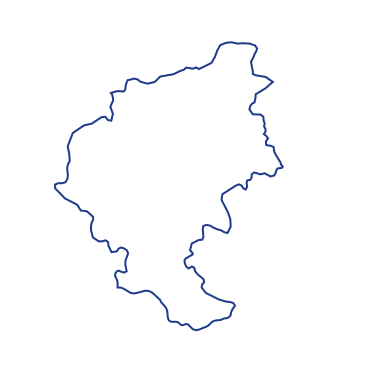 Kaduna, Albers equal-area conic projection, rotated 244°
{"feature_id": "NGA-2864", "entity_name": "Kaduna", "entity_type": "State", "adm_level": 1, "iso_a3": "NGA", "parent_name": "Nigeria", "parent_adm1": "", "projection": "albers", "projection_center": [7.395, 10.247], "detail": "fine", "context": "isolated", "style": "outline", "palette": "blue", "viewbox_px": 384, "rotation_deg": 244, "n_neighbors": 0, "source": "natural_earth", "source_scale": "10m", "svg_char_len": 3021}
<svg xmlns="http://www.w3.org/2000/svg" viewBox="0 0 384 384"><g transform="rotate(244 192 192)"><path d="M316.5,162.5L315.5,168.9L312.3,174.7L313.6,177.2L316.5,178.8L318.7,180.9L320.8,183.2L319.9,186.1L319.5,189.3L317.1,192.4L313.7,194.0L308.9,199.5L307.2,206.7L309.7,214.1L306.0,226.9L306.0,234.3L305.5,238.1L306.3,241.4L302.4,246.9L302.4,248.5L302.1,250.3L299.4,252.3L299.5,266.1L303.4,271.9L308.0,276.6L311.6,281.8L311.2,287.8L309.2,293.3L305.7,297.5L303.2,303.3L300.2,308.7L296.1,312.9L292.4,313.4L290.0,311.0L288.7,308.9L286.8,307.0L283.0,302.0L274.3,299.7L271.2,298.5L268.6,300.9L263.1,308.7L255.5,312.9L253.0,303.5L251.9,292.1L248.2,289.9L245.1,287.4L245.1,284.9L244.2,282.7L241.1,279.8L235.2,280.7L231.5,287.6L228.2,289.1L224.9,287.7L223.4,287.6L221.8,287.4L219.4,285.5L216.3,285.7L214.0,284.5L212.6,282.0L209.9,283.3L206.9,283.9L205.1,280.6L201.7,279.3L198.6,283.5L196.5,285.1L194.1,284.1L191.5,283.6L188.8,283.6L179.7,284.5L177.4,284.0L175.0,284.8L174.3,283.2L175.4,280.2L175.6,278.9L174.0,276.7L172.7,275.9L170.8,273.0L171.6,269.3L176.9,265.6L177.4,263.7L177.7,261.7L178.7,260.2L180.1,258.9L182.3,256.4L181.7,253.4L178.8,251.9L177.4,249.5L178.2,246.7L176.2,245.0L172.7,244.0L170.7,241.4L172.8,239.7L175.8,239.5L178.3,237.5L178.5,233.9L176.7,218.4L172.0,215.1L157.8,215.4L150.7,214.5L143.9,211.6L139.6,205.9L141.9,203.2L145.0,201.2L147.6,198.1L150.7,195.6L153.9,193.5L156.2,190.4L156.4,187.1L153.5,185.2L146.7,182.6L144.6,180.5L145.9,177.0L145.8,169.2L140.5,164.7L137.2,165.7L135.6,165.3L135.0,157.4L134.2,155.5L131.2,154.3L127.8,154.1L124.7,155.4L125.1,159.2L123.0,160.8L119.3,160.1L115.7,160.9L108.7,164.1L105.7,163.5L104.4,160.5L101.9,158.8L95.2,160.2L83.7,169.0L78.7,174.4L76.7,177.6L74.2,180.4L70.9,180.8L69.3,177.5L66.9,174.6L63.8,172.2L63.2,169.0L63.6,167.1L64.2,165.9L64.3,164.6L64.4,162.0L64.7,160.8L66.0,157.5L66.5,155.3L66.5,154.1L66.4,153.0L64.8,148.1L64.7,145.6L65.3,137.5L66.1,135.0L68.0,132.9L69.9,132.0L74.3,130.6L75.7,129.3L76.1,128.0L76.1,126.7L76.3,125.5L77.0,124.2L78.0,123.6L80.3,122.7L81.3,122.1L82.4,120.6L84.2,117.0L85.4,115.6L87.3,114.9L89.3,115.1L95.5,117.4L97.7,117.8L99.8,117.8L106.1,116.1L107.1,115.9L108.7,116.1L109.5,115.9L110.4,115.5L118.4,112.4L120.1,111.4L121.6,110.1L122.8,108.5L123.8,106.4L125.6,97.6L126.6,94.7L128.6,92.3L135.3,88.0L137.3,86.1L138.8,83.2L143.2,85.4L145.5,86.0L150.5,86.1L152.6,87.6L153.7,89.9L153.4,91.7L151.9,92.9L149.3,95.7L149.4,98.5L156.4,100.4L159.7,102.3L164.7,107.6L167.8,108.0L171.0,106.3L173.3,103.7L173.2,101.0L171.6,98.5L173.2,93.3L180.5,93.4L183.9,94.6L186.5,93.1L187.0,89.7L188.6,86.5L194.6,83.0L201.5,84.4L205.2,86.0L208.5,88.4L210.4,91.0L213.1,92.2L220.8,89.0L224.1,83.9L230.7,83.3L241.9,75.0L255.3,70.6L258.7,72.2L258.5,75.9L256.8,79.1L256.3,82.6L258.3,85.7L261.4,87.8L268.1,90.2L271.2,92.6L273.6,95.8L280.2,98.4L287.5,100.3L297.3,110.7L299.2,124.3L297.4,131.7L298.9,143.3L297.6,147.0L293.5,148.0L291.5,150.7L296.8,155.1L304.5,156.0L308.7,161.1L310.5,162.0L314.5,162.9L316.5,162.5Z" fill="none" stroke="#1e3a8a" stroke-width="2"/></g></svg>